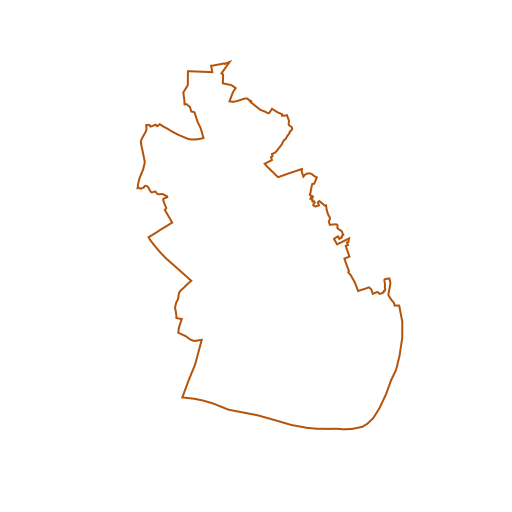 the district of Hoang Mai, Ha Noi, Vietnam, rotated 70°
{"feature_id": "81297802B90742047749751", "entity_name": "Hoang Mai", "entity_type": "district", "adm_level": 2, "iso_a3": "VNM", "parent_name": "Vietnam", "parent_adm1": "Ha Noi", "projection": "albers", "projection_center": [105.847, 20.974], "detail": "fine", "context": "isolated", "style": "outline", "palette": "amber", "viewbox_px": 512, "rotation_deg": 70, "n_neighbors": 0, "source": "geoboundaries", "source_scale": "gbopen_adm2", "svg_char_len": 5403}
<svg xmlns="http://www.w3.org/2000/svg" viewBox="0 0 512 512"><g transform="rotate(70 256 256)"><path d="M419.0,171.6L410.8,163.2L398.9,155.3L383.0,146.6L367.8,141.0L351.5,138.4L350.0,142.7L349.2,142.6L348.0,142.4L347.6,142.4L347.0,142.5L346.7,142.6L344.6,143.4L343.8,143.7L340.8,144.4L339.4,144.7L338.3,144.9L337.8,144.8L336.5,144.3L331.8,141.4L328.0,139.3L327.1,138.9L325.8,138.7L323.3,138.5L322.7,138.4L322.5,139.2L322.4,139.7L322.2,140.7L321.9,142.1L322.0,142.7L322.0,143.2L322.2,143.4L322.5,143.6L323.8,143.9L325.8,144.3L326.7,144.5L327.4,144.7L327.9,144.9L328.5,145.2L328.8,145.4L329.3,145.5L329.9,145.7L330.8,145.8L331.6,146.1L332.7,146.8L332.5,147.7L333.8,148.6L333.9,148.8L334.0,150.2L334.0,150.9L333.8,152.9L331.7,153.8L331.3,154.5L331.5,159.2L326.8,159.1L326.0,159.5L324.1,160.6L324.1,164.1L323.8,171.1L323.8,172.0L316.5,172.1L313.2,172.4L309.0,173.1L306.8,173.4L302.8,174.9L301.9,173.8L297.3,173.9L292.5,173.9L290.3,173.9L288.7,173.8L288.5,168.4L286.1,168.4L283.2,168.3L281.3,168.4L280.8,168.3L277.1,168.2L277.1,166.4L277.1,165.8L274.4,165.9L274.4,164.4L271.3,162.6L272.0,168.4L272.8,175.8L266.7,176.9L266.5,176.3L266.1,175.0L265.7,172.9L265.6,172.2L266.0,172.1L268.4,171.9L268.0,169.1L266.8,168.9L266.0,166.7L264.2,167.0L263.4,166.9L262.2,166.9L261.1,167.6L259.0,169.3L257.3,170.0L256.6,169.5L255.0,168.9L254.1,169.2L253.3,170.8L251.9,176.0L249.5,175.9L248.7,175.9L248.2,175.5L247.6,174.8L246.2,173.8L245.5,173.5L244.7,173.5L242.2,174.0L239.7,174.0L236.1,173.7L232.4,172.8L232.1,174.2L226.0,177.7L226.8,179.6L229.9,179.5L229.9,183.1L229.0,184.1L228.0,184.8L226.9,184.3L226.1,183.0L225.9,182.6L225.4,182.6L224.6,182.6L224.4,182.8L224.1,183.4L224.1,184.2L223.8,184.3L223.2,184.2L222.4,183.8L220.8,185.3L219.7,184.2L220.2,183.6L220.5,183.0L220.4,182.7L220.2,182.4L219.5,182.2L218.7,182.9L217.2,184.5L216.8,184.5L216.1,184.0L215.1,183.0L214.1,182.6L209.4,179.8L207.5,178.3L208.0,176.6L202.9,171.9L201.7,173.2L200.7,174.0L198.1,175.6L197.5,176.3L196.9,177.0L196.4,178.3L196.1,179.5L196.1,180.5L196.3,181.7L196.7,182.7L197.6,184.4L191.7,184.1L191.4,183.8L191.1,183.4L190.6,183.2L189.9,183.1L189.8,189.2L189.6,197.1L189.5,208.2L189.2,208.4L188.1,209.0L185.6,210.3L184.1,210.9L181.8,212.1L179.8,213.0L179.5,213.2L178.0,213.9L175.9,214.9L172.8,216.1L172.3,216.3L171.3,208.2L168.2,208.0L167.9,206.4L165.6,206.1L165.5,203.4L165.0,201.9L164.4,200.5L163.2,198.8L162.6,197.9L162.1,197.0L161.1,195.4L159.6,193.1L158.9,192.7L158.2,191.8L156.7,190.0L156.4,188.6L156.2,188.0L155.8,187.7L153.4,184.8L152.3,182.8L151.9,182.3L151.7,182.2L151.3,182.1L151.0,182.1L149.8,179.4L148.9,178.4L146.9,178.4L145.2,179.8L144.2,180.2L143.1,180.2L141.9,179.6L140.1,178.7L139.0,178.7L137.3,178.8L134.3,178.7L134.2,179.5L134.1,180.3L133.9,181.0L133.1,183.5L131.7,183.0L128.5,186.5L123.2,190.6L126.0,194.5L126.2,195.0L126.1,195.4L125.7,196.1L124.1,197.5L121.3,200.6L119.9,202.1L109.4,208.5L109.1,208.2L108.9,207.6L108.2,207.9L108.4,208.6L107.5,209.1L105.2,210.2L105.0,210.7L104.2,212.3L104.1,214.9L104.0,219.1L103.9,220.7L103.6,223.3L103.1,225.4L102.2,226.9L101.6,228.0L99.7,226.4L95.4,222.7L94.1,221.5L91.5,218.0L91.3,217.7L89.0,219.2L87.3,220.5L86.7,221.1L85.7,222.8L85.1,223.8L84.7,224.5L84.2,225.2L84.0,225.4L83.3,226.7L82.7,227.7L82.4,228.1L74.1,224.8L73.5,225.3L72.6,226.0L68.3,219.8L64.6,214.4L64.8,219.7L64.2,219.9L62.3,231.6L61.9,233.1L68.3,234.2L61.3,251.2L59.1,256.7L61.5,257.7L65.0,259.0L70.0,260.8L72.1,261.7L74.2,264.2L77.5,268.4L85.0,270.0L89.1,271.3L89.6,269.3L91.3,268.4L93.3,267.1L98.1,267.4L99.4,265.3L100.0,264.6L104.3,264.8L110.8,265.0L116.5,264.3L122.0,264.6L125.2,264.9L127.2,265.0L126.9,267.7L126.7,269.2L126.1,271.8L125.2,274.7L124.3,277.0L122.6,280.0L119.7,283.1L115.8,287.3L110.5,292.2L106.2,295.6L102.8,298.7L99.2,301.4L99.9,303.0L100.2,304.6L99.6,304.9L98.4,305.2L98.3,306.0L98.3,307.6L98.4,310.4L98.0,311.2L96.6,311.2L96.3,311.5L95.7,313.1L95.5,314.5L98.6,315.2L100.7,316.3L102.2,317.9L106.8,323.3L108.2,324.5L109.7,325.2L111.8,325.8L112.6,325.9L116.0,326.3L122.9,327.3L128.8,328.2L130.7,328.9L136.0,332.4L142.7,338.6L148.1,342.2L151.8,344.1L151.9,343.2L152.1,342.5L152.7,342.0L153.1,341.7L153.3,341.1L153.4,339.4L153.2,337.8L152.5,337.3L152.2,336.6L152.2,335.8L152.5,335.3L153.7,334.1L155.5,333.6L158.2,333.3L160.0,332.7L160.7,332.0L160.8,329.9L160.9,328.8L161.4,328.3L163.0,327.9L164.4,327.0L165.1,325.2L165.8,322.4L166.9,321.8L168.0,320.6L169.2,319.3L170.0,319.1L170.3,319.2L170.4,319.9L170.4,321.8L170.6,323.5L171.1,323.9L171.9,324.1L173.8,324.1L177.6,324.1L179.6,323.9L180.4,324.0L181.5,325.9L182.8,325.7L196.0,323.3L196.3,325.3L197.2,329.3L198.1,334.2L199.9,342.0L201.0,347.2L201.5,350.0L201.5,350.4L203.4,350.2L205.7,349.7L210.6,348.1L212.7,347.4L220.7,344.4L227.0,341.6L236.0,336.7L243.4,332.7L257.1,325.3L258.9,329.9L259.7,331.7L260.7,333.7L261.8,336.3L262.5,338.4L264.2,340.8L266.1,342.0L269.9,344.0L270.5,344.7L271.3,345.6L272.1,346.6L275.7,349.1L277.3,349.9L279.9,350.2L284.7,351.2L287.1,352.0L289.9,347.3L293.8,350.5L297.1,353.0L301.5,355.3L307.4,349.4L311.9,346.4L314.2,343.9L314.9,342.5L315.4,340.0L316.2,335.7L334.0,348.1L337.5,350.6L343.5,356.1L349.1,361.2L363.7,373.6L369.0,362.9L373.6,355.4L379.5,347.3L390.9,334.5L392.1,332.6L406.4,308.7L416.7,294.4L426.8,280.7L434.9,266.9L439.2,257.8L444.8,242.8L445.7,239.8L449.0,232.5L451.4,224.6L452.9,214.7L451.8,209.0L451.5,208.3L448.5,201.3L441.2,192.0L430.4,181.1L419.0,171.6Z" fill="none" stroke="#b45309" stroke-width="2"/></g></svg>